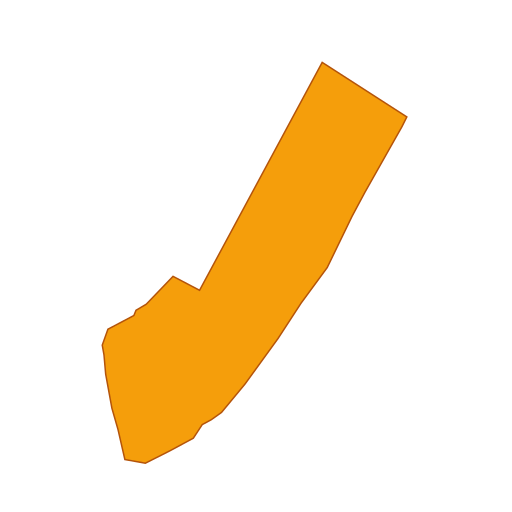 outline of Hauma, Tuvalu, rotated 253°
{"feature_id": "33948139B82290381825110", "entity_name": "Hauma", "entity_type": "district", "adm_level": 2, "iso_a3": "TUV", "parent_name": "Tuvalu", "parent_adm1": "", "projection": "orthographic", "projection_center": [176.112, -5.671], "detail": "fine", "context": "isolated", "style": "filled", "palette": "amber", "viewbox_px": 512, "rotation_deg": 253, "n_neighbors": 0, "source": "geoboundaries", "source_scale": "gbopen_adm2", "svg_char_len": 496}
<svg xmlns="http://www.w3.org/2000/svg" viewBox="0 0 512 512"><g transform="rotate(253 256 256)"><path d="M239.7,192.0L260.8,170.7L242.0,137.0L239.2,125.4L234.8,121.8L229.3,93.0L215.7,82.9L205.8,81.7L187.0,77.7L152.7,73.7L130.4,73.3L99.7,71.1L90.2,89.6L94.9,116.8L100.1,142.8L110.5,155.3L112.5,165.3L116.5,177.3L136.8,208.1L170.7,253.0L197.8,285.4L224.1,320.7L265.9,359.5L285.1,378.8L336.9,433.3L344.9,440.9L421.8,375.9L239.7,192.0Z" fill="#f59e0b" stroke="#b45309" stroke-width="1.5"/></g></svg>